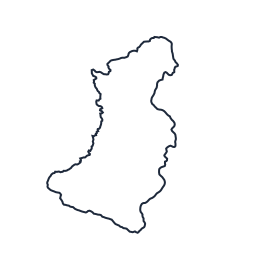 the district of Rubelita, Minas Gerais, Brazil, rotated 296°
{"feature_id": "56859067B88143835159179", "entity_name": "Rubelita", "entity_type": "district", "adm_level": 2, "iso_a3": "BRA", "parent_name": "Brazil", "parent_adm1": "Minas Gerais", "projection": "equal_earth", "projection_center": [-42.213, -16.362], "detail": "fine", "context": "isolated", "style": "outline", "palette": "slate", "viewbox_px": 256, "rotation_deg": 296, "n_neighbors": 0, "source": "geoboundaries", "source_scale": "gbopen_adm2", "svg_char_len": 5270}
<svg xmlns="http://www.w3.org/2000/svg" viewBox="0 0 256 256"><g transform="rotate(296 128 128)"><path d="M219.5,110.3L218.1,109.3L216.8,109.1L215.9,109.5L214.8,108.6L214.0,107.0L213.2,105.6L212.5,104.5L211.1,104.0L209.7,103.5L208.7,103.1L206.7,102.9L205.5,102.5L204.7,101.8L203.7,101.5L202.3,102.2L200.8,102.4L200.6,100.6L200.0,99.3L199.0,98.0L197.9,97.1L197.0,96.4L195.9,96.0L194.9,96.0L193.9,96.3L192.2,96.4L191.0,95.5L189.5,93.9L188.7,92.1L187.9,91.1L186.6,90.0L185.5,88.8L184.7,87.7L183.8,86.6L183.1,85.5L182.3,84.4L181.4,83.3L180.4,82.7L179.0,82.3L177.5,81.7L176.4,81.4L175.5,82.1L174.8,83.6L173.8,83.9L173.0,85.0L172.4,86.9L171.4,87.2L170.1,86.2L168.6,86.6L167.6,86.6L166.8,85.5L166.4,84.1L165.8,82.8L165.9,81.1L166.2,79.3L166.0,77.8L165.2,76.7L164.5,75.5L164.4,74.1L165.0,72.9L165.3,71.1L164.1,70.0L162.7,70.8L161.2,71.6L160.5,72.7L159.6,73.8L159.8,75.5L159.6,77.2L158.6,77.8L157.3,77.0L156.1,76.2L155.1,77.0L153.7,77.3L153.3,78.7L152.0,79.3L150.8,80.4L150.1,81.4L149.6,82.7L148.8,83.5L148.0,84.6L147.6,86.2L146.8,87.0L146.5,88.5L145.0,89.0L143.5,89.6L142.2,90.4L141.3,89.8L139.8,89.6L139.0,87.7L137.8,87.9L136.8,88.5L135.6,89.4L135.2,90.5L135.0,92.1L135.6,93.8L135.4,95.2L134.6,96.2L133.7,95.7L132.7,94.8L131.6,95.1L131.6,97.3L130.9,98.6L129.8,98.1L128.8,96.7L127.9,97.5L127.0,97.9L125.8,98.8L125.2,100.1L124.4,101.2L123.2,101.7L122.2,101.1L121.1,101.6L120.1,102.0L118.6,102.3L117.3,102.4L116.2,102.7L114.7,102.4L113.8,101.3L112.9,101.5L112.1,102.6L110.8,101.6L109.7,102.2L108.8,101.6L107.6,102.5L106.8,101.4L105.6,100.9L105.3,99.6L103.9,100.9L102.5,102.0L101.3,102.2L100.4,102.3L99.1,103.6L97.7,103.8L96.5,104.0L95.4,103.4L94.4,104.1L93.4,104.4L92.1,104.2L90.9,104.2L90.7,102.7L89.4,102.6L88.5,103.7L87.9,105.2L86.9,105.3L86.1,104.2L85.0,103.2L83.8,102.8L82.6,102.2L82.1,101.0L81.1,100.0L79.7,98.4L78.9,99.5L77.8,100.1L77.0,99.4L76.2,100.3L74.8,99.6L73.7,99.0L72.9,98.3L72.4,96.8L71.6,96.0L70.5,95.4L68.9,94.6L67.1,94.3L65.9,93.6L64.9,93.1L64.0,92.3L63.0,91.7L62.0,90.5L61.3,88.9L60.0,88.5L59.4,87.5L58.7,86.8L58.6,85.0L57.4,83.3L56.8,81.7L55.4,81.7L54.3,80.3L52.5,79.5L51.1,79.5L49.8,79.1L48.2,78.9L46.1,79.1L45.0,79.2L43.9,79.2L42.8,79.7L41.8,80.8L40.8,81.1L39.9,81.4L39.2,82.3L38.8,83.7L38.3,85.6L38.4,87.6L38.6,89.2L38.7,91.3L39.2,93.1L39.7,94.8L39.2,96.2L38.5,97.2L37.6,97.2L36.5,97.5L35.1,97.8L34.5,99.0L33.9,100.1L33.0,101.4L31.6,102.6L31.0,104.1L31.5,105.4L31.8,107.2L32.3,108.9L32.0,110.4L32.3,111.8L32.8,113.2L32.5,114.4L32.1,115.7L32.1,117.4L32.2,118.8L32.5,120.1L32.6,121.6L32.8,123.4L33.2,125.3L33.6,127.2L34.7,128.0L35.9,128.5L36.8,129.7L36.9,131.5L36.7,133.1L36.0,134.8L36.6,136.9L37.0,139.1L37.7,140.7L37.8,142.1L37.0,143.8L37.3,145.3L37.4,147.0L37.8,149.1L38.2,150.8L38.3,152.2L38.5,153.5L37.7,155.3L36.9,157.0L36.2,158.8L36.3,160.9L36.4,162.8L35.9,164.4L36.3,166.0L36.0,167.8L36.5,169.2L36.9,170.9L36.5,172.1L36.1,173.4L35.6,174.9L36.0,176.3L36.4,177.9L37.2,178.7L38.1,179.6L37.9,180.9L38.1,182.6L39.4,183.2L40.6,183.4L41.6,184.0L43.0,184.3L44.2,184.8L45.1,185.5L46.1,186.0L47.1,186.0L48.3,185.7L49.4,185.4L50.4,184.4L51.1,182.9L52.3,182.2L53.6,181.6L54.4,180.3L55.5,179.4L56.7,178.9L57.5,177.5L58.3,176.0L59.7,174.9L61.6,174.1L63.0,173.7L64.3,173.6L65.8,173.7L67.2,174.6L68.1,176.2L69.3,177.1L70.6,177.7L71.9,178.1L73.2,178.5L74.2,179.0L75.1,179.8L76.0,180.6L77.0,181.1L77.9,181.6L79.2,182.0L80.5,182.2L82.0,182.6L83.4,183.5L84.4,184.1L85.5,184.6L86.6,184.9L87.6,185.0L89.7,185.2L90.9,185.4L92.0,185.6L92.9,185.6L93.9,185.5L95.3,185.0L96.3,184.3L97.3,183.3L98.2,181.6L98.9,180.3L99.3,178.8L100.0,176.6L101.5,175.5L103.1,174.7L104.7,174.1L106.2,174.5L107.4,175.2L108.6,176.4L109.9,177.7L111.4,177.5L112.6,176.6L114.0,176.0L115.1,177.0L116.1,177.2L117.6,176.6L118.2,174.6L118.6,173.4L119.4,172.6L120.6,172.8L121.8,173.0L122.9,173.2L124.1,173.1L125.0,172.2L126.3,171.3L127.8,171.8L129.4,172.7L130.7,173.9L130.8,175.3L130.8,176.9L131.4,178.2L132.7,178.5L134.0,177.9L135.1,177.3L136.1,176.5L137.3,176.2L138.7,176.0L139.8,175.5L141.1,174.6L142.6,173.6L143.5,172.4L144.1,170.5L144.7,168.8L145.7,167.7L146.9,167.8L148.1,168.2L149.1,168.6L150.2,168.8L151.6,168.5L152.8,167.7L153.6,166.5L154.2,165.2L154.5,164.0L155.0,163.0L155.8,161.6L156.8,160.6L156.9,159.0L157.2,157.7L157.7,156.4L158.4,154.9L159.0,153.2L159.2,151.3L158.9,149.6L158.3,148.1L157.9,146.1L158.5,144.4L159.0,142.7L159.8,141.1L160.3,139.1L161.7,137.5L162.7,136.9L163.9,136.6L165.2,136.2L166.7,136.2L167.9,136.4L169.0,136.5L171.0,136.5L172.3,136.1L173.8,135.8L175.1,135.9L176.8,136.1L178.1,135.7L179.0,135.5L179.9,135.0L180.8,134.7L182.0,134.5L183.3,134.9L184.4,135.3L185.5,136.4L186.7,137.8L188.2,137.3L189.8,137.0L191.4,136.5L192.6,136.4L193.7,136.4L194.7,137.2L194.7,138.5L194.2,139.9L193.7,141.2L193.9,142.7L194.8,144.0L196.0,144.1L197.2,144.1L198.4,145.1L199.4,144.7L200.4,144.0L201.8,143.9L202.9,143.6L203.9,143.8L204.6,144.7L205.6,145.5L206.6,145.2L207.5,143.6L208.1,141.8L209.2,140.5L210.0,138.7L210.8,138.0L211.7,137.4L212.8,136.6L214.2,135.7L215.3,134.7L216.1,133.9L217.1,133.4L218.1,132.7L219.2,132.1L220.1,131.6L221.5,131.0L222.8,130.5L223.6,129.7L224.2,128.4L224.3,126.7L224.6,124.9L225.0,123.1L225.0,121.3L224.7,119.8L224.6,118.5L224.0,117.2L222.8,116.3L222.4,114.4L221.8,112.9L221.4,111.8L220.2,111.7L219.5,110.3Z" fill="none" stroke="#1e293b" stroke-width="2"/></g></svg>